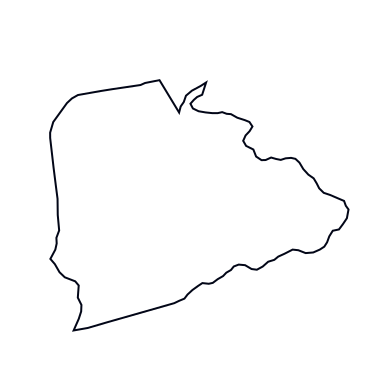 outline of São Bento, Paraíba, Brazil, rotated 170°
{"feature_id": "56859067B41301989860008", "entity_name": "São Bento", "entity_type": "district", "adm_level": 2, "iso_a3": "BRA", "parent_name": "Brazil", "parent_adm1": "Paraíba", "projection": "robinson", "projection_center": [-37.496, -6.462], "detail": "fine", "context": "isolated", "style": "outline", "palette": "ink", "viewbox_px": 384, "rotation_deg": 170, "n_neighbors": 0, "source": "geoboundaries", "source_scale": "gbopen_adm2", "svg_char_len": 1529}
<svg xmlns="http://www.w3.org/2000/svg" viewBox="0 0 384 384"><g transform="rotate(170 192 192)"><path d="M332.6,76.2L318.3,76.2L298.4,78.4L228.8,85.6L223.4,87.1L218.0,88.3L214.2,91.8L208.6,95.4L202.4,98.4L197.6,100.5L191.4,98.7L187.3,98.9L181.8,101.7L176.0,103.8L172.2,106.6L167.2,108.4L163.8,111.4L158.6,112.4L152.4,110.7L146.7,105.8L141.6,104.2L135.3,106.3L129.1,110.1L122.7,110.9L118.3,113.4L111.7,115.1L102.9,117.8L97.4,116.2L90.7,112.1L83.1,111.4L76.1,113.1L71.2,115.2L67.7,119.0L64.5,124.5L60.1,129.4L53.8,129.6L48.9,134.2L44.0,139.3L40.9,147.6L42.9,151.7L43.8,156.8L49.8,160.7L56.5,165.1L62.4,168.3L66.1,173.5L67.7,178.8L69.8,184.3L74.4,188.9L78.4,195.2L81.1,202.3L84.4,206.7L88.5,208.4L94.0,208.9L99.0,208.2L103.4,209.9L108.1,212.2L113.9,210.7L118.0,211.3L122.7,215.8L124.2,223.2L130.7,228.0L132.7,233.5L129.4,238.4L124.7,241.9L121.1,246.0L123.3,251.0L127.5,253.6L134.5,257.3L140.1,261.9L144.3,263.0L148.4,265.4L153.0,265.2L158.5,266.2L164.8,268.0L171.5,270.4L176.6,274.1L178.2,279.2L174.2,282.4L170.4,284.7L165.1,286.0L159.1,297.4L165.1,294.9L174.5,291.8L181.2,287.9L184.5,282.0L188.3,278.2L190.9,272.5L204.6,307.8L219.3,307.5L224.1,306.3L252.6,307.1L264.5,307.3L287.5,307.3L294.0,305.0L299.7,301.3L316.5,285.0L321.4,275.1L322.3,269.8L324.1,239.9L325.0,221.7L325.6,208.6L328.2,192.7L329.5,177.2L333.5,170.4L334.2,164.8L336.6,159.0L343.1,150.7L339.6,144.8L336.4,136.0L332.1,130.1L322.5,124.3L319.8,119.6L322.8,107.8L320.5,100.0L321.9,93.6L325.5,86.8L332.6,76.2Z" fill="none" stroke="#020617" stroke-width="2"/></g></svg>